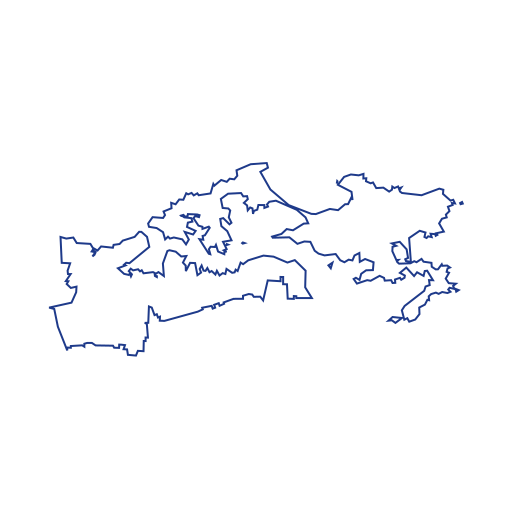 Kingborough, Tasmania, Australia (Natural Earth projection), rotated 260°
{"feature_id": "25037944B97802920285494", "entity_name": "Kingborough", "entity_type": "district", "adm_level": 2, "iso_a3": "AUS", "parent_name": "Australia", "parent_adm1": "Tasmania", "projection": "natural_earth1", "projection_center": [147.285, -43.214], "detail": "fine", "context": "isolated", "style": "outline", "palette": "blue", "viewbox_px": 512, "rotation_deg": 260, "n_neighbors": 0, "source": "geoboundaries", "source_scale": "gbopen_adm2", "svg_char_len": 6133}
<svg xmlns="http://www.w3.org/2000/svg" viewBox="0 0 512 512"><g transform="rotate(260 256 256)"><path d="M195.8,53.7L198.6,54.3L197.8,57.7L199.5,58.0L198.2,69.3L196.5,71.2L199.4,71.7L199.7,74.5L198.9,79.3L195.8,82.5L192.5,99.6L190.3,100.4L189.3,105.2L192.5,105.9L192.1,107.8L191.0,111.5L187.2,109.4L186.4,112.8L180.9,112.7L178.8,120.5L183.1,123.2L181.8,128.7L191.8,130.7L191.4,132.5L194.9,133.1L194.4,135.4L208.1,136.7L209.5,134.8L208.9,138.3L224.9,141.8L223.3,144.4L215.4,145.8L215.9,148.2L212.4,148.8L212.9,150.9L209.0,150.0L208.0,154.5L211.3,189.0L212.7,194.3L214.4,194.0L214.6,203.7L211.7,204.2L212.2,206.8L215.2,206.3L216.0,211.1L213.3,211.5L214.5,216.3L215.9,216.1L217.7,226.5L216.1,235.8L219.1,236.3L219.8,242.3L218.7,245.6L216.2,246.7L215.2,253.1L211.0,255.3L229.9,263.3L226.9,275.8L231.1,276.5L230.6,279.1L223.5,277.8L222.8,281.6L208.5,279.8L207.2,285.8L210.0,286.3L209.4,288.7L207.6,288.4L204.9,303.7L216.6,299.0L232.9,302.3L245.2,293.5L244.1,285.8L252.3,273.2L255.1,263.4L253.1,247.6L250.2,241.9L252.2,239.7L244.4,235.3L246.1,233.6L243.6,232.1L243.6,229.6L248.4,224.7L243.6,222.7L244.9,220.2L243.1,216.7L248.2,214.9L244.8,212.8L248.9,209.7L248.1,207.4L252.6,206.0L250.1,203.7L250.7,201.8L256.1,200.8L253.0,198.3L249.2,199.0L247.3,195.0L259.6,194.8L260.7,189.9L253.3,184.3L258.8,185.1L262.2,182.9L268.1,187.4L268.5,182.3L274.2,177.7L276.7,171.8L276.3,169.6L264.8,163.0L252.3,161.8L257.1,157.1L255.6,153.5L254.0,153.5L253.3,154.9L252.5,154.7L253.9,153.0L255.7,153.1L256.4,153.9L258.0,151.8L258.5,142.2L261.8,141.0L261.0,139.1L263.4,137.6L263.2,132.5L265.3,130.4L263.2,128.1L259.5,130.6L257.6,129.3L260.5,128.7L259.5,127.3L261.3,123.0L267.9,117.9L269.4,125.9L270.4,124.6L271.9,127.0L270.9,130.1L283.5,152.5L293.8,152.0L299.7,147.3L300.1,145.1L295.9,139.8L294.3,127.5L291.5,123.7L291.7,117.7L289.0,116.5L292.3,105.1L288.9,100.9L291.9,97.3L291.0,97.3L289.2,95.8L289.2,97.2L288.1,98.5L287.2,98.5L285.2,97.1L284.0,94.9L287.6,98.5L289.0,95.0L291.3,97.1L296.7,95.0L299.9,81.7L305.9,79.3L306.1,72.2L308.7,66.8L283.0,63.5L281.1,71.7L274.2,67.9L270.9,67.7L270.4,70.3L264.3,64.4L263.7,66.8L261.3,64.7L256.7,68.1L257.0,73.9L251.5,72.6L242.1,66.2L241.1,43.3L238.9,48.1L220.8,48.6L195.8,53.7ZM275.7,226.0L275.7,234.6L285.5,232.0L291.4,227.1L298.7,227.2L299.0,230.3L291.8,235.4L293.0,237.6L298.8,235.9L305.3,238.5L307.6,237.0L309.1,231.5L318.3,231.3L322.2,239.3L320.6,252.2L316.9,253.8L316.5,257.6L313.4,257.8L310.4,253.3L307.4,256.0L302.4,255.8L304.8,258.7L303.5,260.8L298.0,260.4L300.8,261.8L301.4,265.3L305.8,267.2L304.7,273.0L301.9,272.6L302.6,276.4L304.9,275.8L307.1,278.5L307.0,285.2L294.4,304.2L285.4,311.5L279.1,313.1L279.6,308.6L274.9,296.9L277.2,290.9L273.3,284.9L272.3,275.2L271.1,275.7L268.6,292.1L260.8,298.9L261.9,306.1L260.5,312.0L251.0,314.7L247.5,318.0L244.7,323.6L244.1,334.8L237.2,338.2L234.5,342.0L236.3,346.6L234.9,350.2L239.4,353.1L241.0,358.3L232.2,357.2L234.1,362.9L229.4,370.7L221.8,368.7L222.8,362.0L220.2,356.5L214.5,353.8L217.2,350.6L216.4,348.2L211.3,350.6L212.9,361.3L211.7,364.6L215.0,374.3L212.2,378.3L209.4,378.5L208.7,384.9L205.7,385.8L205.4,388.5L208.7,388.8L209.5,394.0L207.4,394.9L208.8,398.5L210.9,399.2L214.4,394.8L218.5,402.0L208.8,408.2L212.0,411.8L207.3,417.6L211.9,419.6L211.8,422.0L201.4,426.1L202.2,422.2L197.2,422.0L196.5,417.7L192.5,415.6L181.0,393.7L177.2,390.2L167.5,391.0L168.5,394.2L164.7,395.5L165.8,401.8L170.4,406.9L176.9,407.8L178.8,413.9L183.1,417.2L182.4,418.8L186.3,419.1L188.1,421.9L188.7,426.8L187.0,429.3L188.2,433.1L186.3,438.1L187.0,441.3L189.6,439.5L191.1,441.1L189.1,445.7L192.3,444.9L194.0,448.0L195.8,441.1L200.8,438.9L206.0,443.2L207.3,441.0L210.5,442.5L211.0,445.0L213.4,442.6L214.0,437.8L215.6,437.5L211.3,432.9L211.6,430.7L214.9,427.2L218.8,427.6L221.3,420.0L224.4,418.5L222.0,413.0L223.4,410.9L222.0,406.9L223.6,395.6L225.4,394.1L237.1,391.1L241.4,392.1L241.7,395.8L244.8,392.0L245.0,400.0L236.4,405.5L227.7,405.4L226.9,402.4L225.0,402.8L223.3,407.5L247.1,409.9L252.4,421.6L249.7,427.0L245.5,425.2L244.1,427.1L245.5,429.0L244.1,432.3L247.6,431.8L246.4,436.3L244.7,436.5L245.3,438.3L247.1,437.4L247.4,445.2L256.3,442.0L260.4,445.6L260.9,450.5L263.8,450.2L266.6,454.3L271.2,453.6L272.1,458.5L274.1,458.2L273.2,461.1L277.1,460.0L276.8,457.2L284.7,450.9L288.7,452.0L290.5,448.2L287.1,429.6L292.7,410.7L294.5,409.0L299.8,408.0L298.9,404.1L300.7,402.3L297.7,401.4L296.3,398.3L301.2,393.3L302.0,386.2L308.1,384.0L307.7,381.5L310.5,377.3L313.4,378.1L313.7,375.2L318.2,376.1L317.6,371.2L319.8,363.6L318.6,356.5L311.9,349.0L302.6,361.2L294.4,360.8L297.4,360.3L291.1,355.7L291.5,352.7L286.9,344.8L289.5,336.9L286.9,322.2L287.9,317.8L300.4,297.1L319.0,281.7L338.1,274.9L340.9,283.1L345.7,282.7L347.3,266.7L343.8,251.7L338.3,251.5L335.3,247.9L336.7,243.5L334.1,240.1L336.9,234.9L332.5,227.2L334.4,226.5L325.5,222.1L325.8,210.1L327.9,209.1L326.5,205.2L329.3,203.5L328.5,199.9L329.9,198.2L324.0,194.2L325.0,190.2L320.9,185.8L323.1,181.7L317.7,181.1L315.9,172.7L312.1,173.5L309.6,171.1L312.2,160.9L306.7,155.4L303.3,155.7L300.8,163.0L295.6,168.6L288.1,169.4L290.3,172.7L288.1,174.3L288.5,178.3L285.2,186.3L279.6,189.1L283.9,192.7L292.1,190.0L288.1,197.8L291.2,200.9L296.6,193.1L300.7,194.7L300.9,199.3L304.5,198.9L306.5,192.1L307.9,190.8L308.5,189.3L308.8,189.1L309.1,191.7L307.1,192.9L307.1,195.5L309.1,196.2L307.1,205.3L306.0,207.5L304.2,206.6L305.9,203.1L304.1,201.0L295.9,204.6L294.1,208.3L292.0,208.0L293.1,214.6L291.8,215.3L285.3,209.3L285.0,206.9L281.2,206.9L282.4,203.2L266.4,209.9L265.7,211.3L270.9,210.8L273.0,212.9L272.0,217.1L273.9,218.5L267.0,219.4L263.3,225.1L266.0,225.7L265.2,227.8L267.2,225.3L267.9,228.3L275.7,226.0ZM165.9,381.7L169.6,389.0L172.2,379.9L169.3,375.3L169.1,378.6L165.9,381.7ZM236.1,330.1L234.2,325.7L230.9,327.5L236.1,330.1ZM189.0,446.7L186.1,447.0L187.2,449.7L189.0,446.7ZM271.7,468.7L273.4,468.3L272.7,466.2L271.5,466.5L271.7,468.7ZM313.3,348.1L315.4,349.2L315.7,349.0L313.3,348.1ZM270.7,247.0L271.6,245.4L271.1,244.6L270.5,245.1L270.7,247.0ZM271.9,228.8L272.1,230.4L272.8,229.3L271.9,228.8ZM226.5,394.1L227.4,395.6L227.5,394.8L226.5,394.1ZM298.0,409.8L296.9,409.6L298.2,410.9L298.0,409.8Z" fill="none" stroke="#1e3a8a" stroke-width="2"/></g></svg>